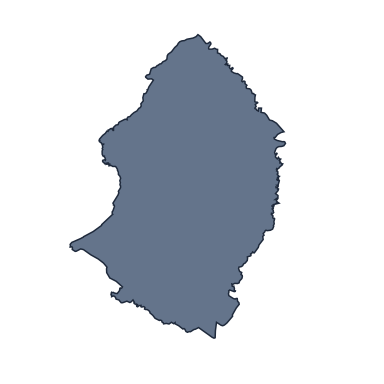 Mananara-Avaratra, Analanjirofo, Madagascar (Natural Earth projection), rotated 216°
{"feature_id": "10022922B77596397547877", "entity_name": "Mananara-Avaratra", "entity_type": "district", "adm_level": 2, "iso_a3": "MDG", "parent_name": "Madagascar", "parent_adm1": "Analanjirofo", "projection": "natural_earth1", "projection_center": [49.534, -16.235], "detail": "fine", "context": "isolated", "style": "filled", "palette": "slate", "viewbox_px": 384, "rotation_deg": 216, "n_neighbors": 0, "source": "geoboundaries", "source_scale": "gbopen_adm2", "svg_char_len": 6030}
<svg xmlns="http://www.w3.org/2000/svg" viewBox="0 0 384 384"><g transform="rotate(216 192 192)"><path d="M87.6,87.7L91.5,93.5L95.6,101.0L90.0,101.3L88.5,101.9L87.6,103.4L86.8,106.4L86.1,115.3L87.1,116.3L88.0,124.2L87.8,128.9L89.1,130.1L90.9,130.4L92.8,132.4L93.7,131.8L94.1,130.8L96.0,130.1L101.3,129.8L102.8,131.3L103.4,132.9L104.2,133.6L103.9,134.9L99.3,136.2L98.6,137.0L98.8,137.5L99.5,137.2L100.2,137.6L101.0,138.9L102.9,140.4L103.3,139.7L104.0,139.4L105.6,141.0L104.8,141.2L103.7,143.2L101.4,144.7L100.5,146.2L101.2,148.0L100.8,151.3L101.5,153.1L102.4,154.1L103.8,154.0L104.5,156.1L106.7,155.7L109.2,157.3L109.9,158.8L108.2,160.7L107.7,162.1L108.0,164.2L107.2,165.8L107.0,169.0L108.0,170.9L109.1,172.1L107.0,174.8L107.1,175.5L108.2,176.4L107.6,177.3L107.7,179.2L106.1,179.1L105.8,179.4L105.8,186.1L106.7,188.6L106.5,195.4L108.7,197.7L108.3,199.3L110.0,200.3L109.7,202.4L110.0,203.5L109.7,204.6L108.6,204.8L106.1,207.1L105.0,209.3L105.7,212.2L106.4,212.7L106.8,214.6L108.3,216.1L109.4,218.9L109.9,219.1L110.8,218.4L112.0,219.1L112.3,220.2L114.7,220.6L115.1,221.4L114.4,221.4L114.0,222.0L113.9,223.5L115.1,224.2L115.5,225.0L117.1,225.4L116.6,226.4L116.8,227.0L119.0,227.6L119.1,227.9L117.5,228.6L117.8,229.5L118.7,229.7L115.0,234.1L115.6,234.1L116.5,233.0L117.2,232.7L116.9,234.1L118.3,234.3L119.4,235.5L120.2,234.9L119.6,236.8L118.7,236.4L118.7,237.3L120.4,239.7L123.5,239.8L123.2,243.6L123.7,245.1L124.4,244.7L124.6,245.4L125.6,245.5L126.5,244.9L127.0,245.4L125.9,246.0L125.6,247.1L125.8,247.6L127.1,247.5L126.4,248.2L128.0,252.5L128.6,252.7L129.6,251.8L130.6,251.8L130.8,252.4L129.4,253.1L130.5,254.1L131.2,254.0L131.2,254.7L130.6,255.1L130.5,256.0L131.5,255.6L132.1,256.2L133.2,256.2L133.6,256.6L133.4,257.5L134.7,259.0L135.9,258.8L136.1,260.0L137.1,260.1L137.2,260.9L136.3,261.0L135.7,262.3L135.8,263.4L134.9,267.1L135.2,268.1L136.1,267.4L137.7,268.1L138.1,267.4L138.6,268.3L140.0,268.9L139.4,270.2L139.6,270.8L140.6,270.1L142.5,270.8L142.3,269.0L142.6,268.9L145.1,269.4L145.9,270.8L145.6,271.9L145.8,273.1L146.2,273.2L146.3,272.1L146.9,271.5L148.4,272.5L149.5,276.4L149.4,277.8L148.6,279.6L146.2,281.6L144.9,283.4L144.9,286.2L146.3,287.0L147.1,286.9L148.5,285.8L153.6,283.7L156.6,283.3L157.6,284.3L156.7,285.2L156.6,288.9L154.9,292.5L153.0,294.8L164.1,297.3L168.8,296.9L171.6,295.8L176.7,298.0L179.7,298.5L183.0,297.0L185.1,300.7L187.5,299.0L185.9,296.5L187.7,296.2L188.7,296.8L190.1,296.5L190.5,297.2L190.3,298.8L192.3,300.0L191.3,302.8L192.1,303.0L193.2,302.2L194.3,302.0L196.9,305.8L197.7,307.8L199.0,307.5L200.0,307.9L201.2,307.1L204.1,309.2L206.0,309.4L208.5,308.0L209.1,308.0L210.3,309.3L210.3,310.6L212.7,310.8L214.1,312.5L215.2,312.3L216.0,310.8L217.0,311.0L218.0,313.8L218.8,314.7L224.7,314.6L225.5,313.9L227.9,313.0L231.0,312.7L231.6,313.4L231.4,316.0L231.8,316.4L232.5,316.3L232.8,314.8L233.4,314.2L234.9,314.7L235.9,316.6L237.6,315.3L238.3,316.5L239.5,314.8L240.0,314.7L239.7,316.6L240.6,318.4L242.2,318.7L242.0,320.4L242.3,321.0L244.0,319.2L246.2,320.1L248.7,319.6L250.7,320.3L253.1,319.5L255.1,322.4L256.2,321.8L258.2,321.6L259.7,319.4L262.2,317.6L262.9,317.9L263.6,319.1L263.7,322.9L264.6,323.7L265.7,323.9L266.4,321.6L268.1,320.3L276.3,322.8L279.7,322.8L280.0,320.1L281.6,317.2L285.9,312.6L287.0,310.2L289.1,308.2L290.2,306.4L290.5,304.3L290.2,301.9L290.9,298.7L291.0,293.4L292.3,289.4L292.1,287.7L290.4,284.7L290.7,282.7L292.1,280.3L292.3,277.7L293.4,276.5L294.0,274.4L294.5,273.9L294.8,271.4L296.3,270.1L297.4,267.6L295.5,262.3L297.3,259.9L297.4,258.1L296.9,257.6L294.0,257.4L291.2,259.8L289.0,259.8L288.7,251.9L287.9,248.8L288.3,248.3L287.7,248.0L287.3,245.2L287.7,244.0L288.7,243.3L287.2,239.4L285.0,237.1L285.2,233.3L283.7,231.8L283.5,230.7L283.7,229.2L284.2,228.5L284.2,225.2L285.6,222.2L286.4,218.9L286.5,216.7L287.9,215.0L287.8,213.3L286.9,212.4L288.6,211.8L289.1,211.3L291.9,205.9L292.0,205.1L291.4,203.1L292.9,201.4L293.5,198.1L293.4,197.4L293.0,197.5L291.7,195.7L292.0,195.4L294.3,196.2L295.1,195.4L295.8,193.1L296.2,192.9L295.6,191.7L296.6,191.3L296.6,188.4L297.5,185.3L297.9,180.4L297.5,179.3L297.1,179.4L297.2,178.8L296.3,178.3L294.6,178.5L293.3,177.8L291.6,178.8L291.5,178.5L292.2,178.1L292.1,177.2L290.4,175.7L290.3,174.5L289.5,173.9L289.4,174.6L288.8,172.3L286.8,169.7L285.2,168.8L284.1,169.4L284.0,168.9L282.9,168.8L280.9,167.3L280.8,166.9L281.3,167.1L282.8,165.3L282.6,164.5L281.6,163.9L280.8,164.1L279.4,163.5L278.3,164.8L277.8,163.9L276.8,165.1L277.4,165.8L277.1,166.3L275.9,166.1L275.9,165.0L275.3,165.0L274.7,165.8L274.4,164.6L273.1,165.9L271.1,166.1L269.1,167.6L268.3,167.6L265.7,166.6L265.3,165.9L263.3,164.8L261.8,162.9L259.6,162.4L257.8,161.2L257.0,158.6L255.6,157.7L254.5,155.4L253.4,155.0L252.3,153.4L252.0,149.3L250.7,148.3L250.1,146.1L249.4,136.5L248.2,135.9L247.9,135.3L247.0,135.5L246.2,134.6L244.9,130.3L244.9,129.0L243.4,127.1L243.1,127.2L245.9,112.5L245.5,111.8L248.7,101.9L253.4,92.2L253.4,91.4L254.0,90.6L254.2,90.9L254.0,90.3L254.5,89.3L259.6,80.6L259.8,78.0L259.2,77.6L258.2,75.8L257.0,77.1L255.9,76.6L255.1,75.1L251.6,75.3L250.8,76.1L248.6,80.5L246.0,81.6L236.9,81.7L228.5,82.7L221.8,82.5L216.6,81.2L216.0,79.6L213.6,76.6L207.9,74.1L200.9,75.2L192.5,74.4L192.4,73.0L192.9,72.1L193.4,72.3L193.8,71.7L192.7,69.7L192.8,65.9L195.1,64.7L196.7,64.5L197.5,63.6L198.1,63.6L197.9,62.6L197.0,61.7L197.1,61.2L196.1,61.0L195.5,60.1L194.6,61.6L193.5,62.0L192.1,61.8L190.4,60.7L187.8,61.7L184.2,60.8L183.0,61.7L180.5,65.4L177.3,66.1L176.6,67.5L176.3,70.0L173.8,68.9L174.0,68.5L173.3,67.8L171.8,68.0L171.1,68.6L170.3,67.8L169.9,69.4L169.7,67.4L169.3,67.0L168.5,67.2L168.1,68.9L166.6,70.3L165.9,69.2L165.0,69.4L163.7,70.9L162.8,71.0L162.2,70.9L161.6,69.4L160.6,69.6L159.0,70.6L156.8,70.6L155.6,70.2L155.0,69.5L151.2,69.2L147.6,68.1L142.9,68.9L142.6,69.6L141.0,70.1L139.6,69.1L138.6,69.4L137.5,68.6L135.5,70.6L133.0,71.7L132.1,74.5L129.4,74.7L128.9,76.3L128.3,75.4L124.2,76.0L118.8,75.8L118.3,76.8L117.2,76.8L114.9,75.6L113.3,75.8L112.2,77.4L111.1,78.1L109.6,81.9L108.6,83.0L107.0,86.2L90.3,86.3L88.3,86.7L87.6,87.7Z" fill="#64748b" stroke="#1e293b" stroke-width="1.5"/></g></svg>